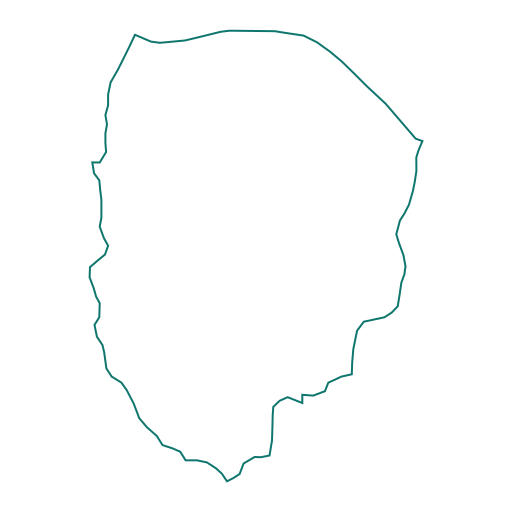 outline of Mira Estrela, São Paulo, Brazil
{"feature_id": "56859067B40110594007998", "entity_name": "Mira Estrela", "entity_type": "district", "adm_level": 2, "iso_a3": "BRA", "parent_name": "Brazil", "parent_adm1": "São Paulo", "projection": "robinson", "projection_center": [-50.128, -19.961], "detail": "fine", "context": "isolated", "style": "outline", "palette": "teal", "viewbox_px": 512, "rotation_deg": 0, "n_neighbors": 0, "source": "geoboundaries", "source_scale": "gbopen_adm2", "svg_char_len": 1435}
<svg xmlns="http://www.w3.org/2000/svg" viewBox="0 0 512 512"><path d="M135.0,34.8L129.6,46.2L123.6,58.3L118.0,69.5L110.6,82.4L108.1,94.5L108.1,105.4L105.4,115.1L107.0,124.4L105.4,133.4L105.4,142.7L106.1,152.0L99.7,162.5L92.3,162.4L94.1,173.4L99.3,180.3L100.1,189.1L101.4,200.0L101.4,217.8L99.7,226.6L103.9,238.1L108.1,245.7L105.0,254.5L97.6,260.6L90.0,267.1L89.6,277.3L93.7,288.2L96.1,296.6L99.7,303.2L99.3,317.2L94.5,324.9L96.9,336.7L102.5,345.1L104.2,352.5L106.4,368.5L111.7,376.6L121.5,382.7L126.7,390.1L133.7,403.6L139.3,418.3L147.0,427.3L156.9,436.1L162.5,445.1L172.9,448.5L180.3,451.8L185.6,460.3L196.8,460.3L206.9,462.4L216.1,468.4L221.8,473.6L227.0,481.3L233.3,478.1L239.6,474.0L243.6,463.5L254.6,457.0L261.0,457.2L269.5,455.5L272.0,440.5L272.5,424.0L272.7,415.0L273.3,406.9L279.6,400.8L287.7,397.2L302.3,403.0L302.3,394.8L313.2,395.6L324.9,391.2L328.3,382.7L341.4,376.6L351.8,374.3L352.2,362.5L353.3,349.2L357.1,330.6L363.8,321.7L384.4,317.3L391.8,312.5L397.7,306.3L399.6,294.7L401.4,282.5L404.4,274.3L405.5,266.3L403.4,255.0L398.9,242.9L396.3,234.3L399.9,220.6L404.5,213.4L409.0,204.6L412.9,191.0L414.6,182.7L416.4,171.0L416.3,157.5L418.5,150.4L422.4,141.1L415.6,138.6L396.1,115.9L385.8,103.9L366.6,86.0L352.9,72.3L341.7,61.4L330.2,51.8L324.9,48.0L317.2,42.4L303.6,35.6L283.5,32.6L275.0,31.2L229.5,30.7L220.6,31.8L202.0,36.4L184.9,40.5L159.9,42.8L150.9,41.6L135.0,34.8Z" fill="none" stroke="#0f766e" stroke-width="2"/></svg>